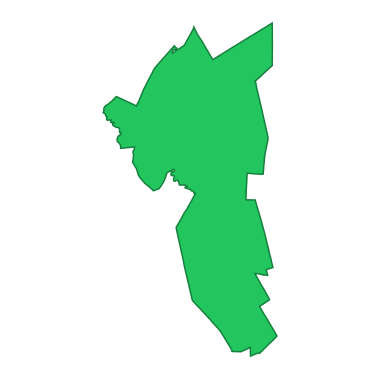 the district of Deta, Timis, Romania, rotated 88°
{"feature_id": "2599482B38114576431815", "entity_name": "Deta", "entity_type": "district", "adm_level": 2, "iso_a3": "ROU", "parent_name": "Romania", "parent_adm1": "Timis", "projection": "natural_earth1", "projection_center": [21.242, 45.402], "detail": "fine", "context": "isolated", "style": "filled", "palette": "green", "viewbox_px": 384, "rotation_deg": 88, "n_neighbors": 0, "source": "geoboundaries", "source_scale": "gbopen_adm2", "svg_char_len": 5990}
<svg xmlns="http://www.w3.org/2000/svg" viewBox="0 0 384 384"><g transform="rotate(88 192 192)"><path d="M300.0,195.5L301.3,194.6L305.7,190.9L306.6,190.0L307.4,189.3L309.9,187.1L314.9,182.8L316.7,181.2L318.9,179.4L320.3,178.0L321.0,177.6L321.3,177.5L321.4,177.4L322.5,176.5L328.5,171.3L330.2,170.0L330.6,169.7L332.4,168.4L333.7,167.6L333.8,167.6L335.0,166.9L336.8,165.8L340.9,163.5L342.4,162.7L347.2,160.0L350.1,158.4L351.6,157.6L352.7,157.7L352.8,156.9L353.1,152.8L353.3,148.9L353.3,148.5L353.0,147.8L352.0,145.4L350.8,142.5L349.4,139.2L354.5,139.2L358.1,139.2L356.8,136.0L355.8,133.2L355.4,132.4L355.3,131.8L355.3,131.5L355.4,130.8L355.4,130.4L355.6,130.1L354.4,128.9L353.1,127.3L350.9,125.0L347.8,121.7L344.8,118.3L342.7,115.9L338.9,112.1L335.8,113.7L334.3,114.4L332.6,115.4L330.6,116.5L327.5,118.2L325.1,119.5L321.1,121.6L317.7,123.6L315.6,124.8L313.9,125.7L310.6,127.4L309.3,128.1L308.6,128.5L305.3,122.9L304.0,120.9L302.4,118.3L299.0,119.8L294.2,122.3L292.0,123.4L288.4,125.4L284.2,127.6L279.5,130.0L275.7,132.0L275.8,130.2L276.3,127.6L276.5,126.5L276.7,125.9L277.0,125.3L277.3,123.6L277.9,119.3L274.4,120.1L272.3,120.6L271.1,116.8L270.2,113.7L270.0,113.8L267.6,114.3L264.7,115.0L263.1,115.1L262.2,115.3L259.5,115.9L254.6,117.2L253.7,117.3L253.7,117.1L251.2,117.6L250.8,117.7L243.9,119.2L241.1,119.7L236.3,120.8L234.2,121.2L232.8,121.5L231.4,121.9L228.4,122.7L227.9,122.7L225.8,123.2L222.7,123.9L218.1,125.1L215.8,125.7L214.1,126.1L207.3,127.9L204.4,128.6L202.2,129.1L202.0,132.5L201.9,134.9L201.8,136.9L201.7,138.4L196.3,138.0L190.5,137.6L187.3,137.3L185.9,137.1L181.3,136.8L178.0,136.5L175.1,136.3L175.3,134.6L175.6,132.8L176.4,125.1L176.6,123.0L176.7,120.3L174.6,120.0L171.3,119.6L167.8,119.3L165.1,118.9L161.0,118.4L156.9,117.8L156.0,117.5L153.4,117.0L147.7,115.6L143.0,114.5L141.7,114.2L140.4,114.1L135.7,114.9L135.2,115.0L132.7,115.5L127.4,116.5L124.1,117.1L121.0,117.7L119.7,118.0L118.4,118.2L117.5,118.4L114.3,119.0L112.7,119.2L111.0,119.5L110.8,119.6L109.3,119.9L107.0,120.4L104.7,120.9L102.4,121.3L99.5,121.9L96.3,122.5L94.3,122.9L91.6,123.5L90.2,123.7L84.8,124.5L84.7,124.5L83.3,125.3L82.7,124.2L82.4,123.6L81.4,122.5L79.8,120.6L78.2,118.7L76.8,117.3L76.0,116.3L72.4,112.1L70.2,109.5L69.2,108.2L68.7,107.7L68.5,107.4L64.1,107.3L61.6,107.1L57.9,107.0L56.4,106.9L53.6,106.8L52.4,106.7L48.8,106.6L48.4,106.6L48.2,106.5L43.5,106.4L39.8,106.3L35.8,106.2L34.9,106.1L33.2,106.1L32.1,106.1L31.9,106.1L31.5,106.1L31.2,106.1L28.9,106.0L27.2,106.0L25.9,106.0L26.7,107.3L30.1,113.3L38.5,128.0L38.4,128.2L39.3,129.7L44.7,139.0L50.6,149.5L53.5,154.4L60.4,166.6L48.0,173.4L41.8,176.7L37.0,179.6L35.2,180.8L27.2,184.4L28.9,184.9L33.7,187.7L45.1,194.6L45.6,195.3L51.4,204.8L52.7,206.9L52.1,206.9L51.2,206.8L50.3,206.6L49.8,206.3L49.6,206.1L49.4,205.7L49.2,205.4L49.2,205.2L49.2,204.9L49.2,204.4L49.2,203.9L49.1,203.4L48.8,202.7L48.4,202.2L47.7,202.2L47.4,202.5L47.4,202.8L47.3,203.1L47.1,203.5L46.9,203.7L46.4,203.9L46.1,204.0L45.5,204.2L45.2,204.5L53.6,212.5L54.1,213.1L54.7,213.5L60.1,218.7L67.1,225.2L67.5,225.2L68.1,225.5L69.1,226.4L69.6,226.7L70.2,226.8L70.5,226.9L74.3,229.2L76.3,230.4L83.3,234.3L84.5,234.9L86.8,236.2L87.4,236.6L101.8,243.1L101.6,243.4L104.1,244.4L101.0,250.4L99.1,254.2L97.3,257.7L94.0,264.2L94.9,265.3L96.5,267.1L98.0,268.5L101.6,273.2L102.3,274.4L102.5,275.3L103.0,275.5L103.6,275.9L103.9,276.4L104.9,277.0L106.1,277.3L106.6,277.2L107.1,277.1L107.6,277.2L109.7,278.0L110.6,276.4L111.3,275.9L113.0,275.5L113.5,274.7L113.8,274.3L115.7,274.9L116.2,274.8L117.2,274.3L117.4,273.8L117.2,273.1L117.2,272.6L117.3,271.8L117.2,271.1L117.1,270.5L117.1,270.2L117.5,270.1L118.0,270.2L118.4,270.5L118.9,270.8L119.5,270.8L119.9,269.9L120.0,269.5L119.6,268.6L119.6,268.3L119.8,267.9L120.1,267.4L120.3,267.4L120.8,268.4L121.2,268.9L122.8,268.6L123.1,268.2L124.7,265.5L124.9,264.5L125.1,263.5L125.2,263.1L125.5,262.8L125.9,262.5L126.6,262.2L130.0,262.3L130.1,261.9L130.1,261.3L130.3,261.0L130.6,260.7L132.5,261.6L132.6,262.4L133.9,264.0L134.2,264.2L134.9,264.4L136.4,265.0L137.3,265.1L138.3,265.0L139.1,264.7L140.4,263.3L142.9,261.8L143.5,261.6L145.0,261.8L145.9,261.8L145.0,247.8L145.3,247.8L145.9,247.8L146.9,248.1L147.4,248.3L148.0,248.7L148.6,249.1L149.2,249.4L149.8,249.7L151.1,249.5L152.0,249.2L152.5,249.0L152.9,249.0L154.8,249.5L155.7,249.6L156.5,249.5L157.2,249.6L158.0,249.8L158.8,250.1L159.9,250.3L162.1,249.3L162.4,249.1L162.7,248.9L163.2,248.7L163.5,248.6L165.3,247.6L167.0,246.6L173.0,245.1L174.2,244.4L175.2,243.9L176.9,242.7L179.0,241.0L181.9,238.6L184.8,235.2L186.0,233.9L186.8,233.1L189.4,230.5L187.6,224.9L186.3,223.9L185.8,223.4L184.0,222.1L180.1,219.6L176.1,217.8L172.6,216.7L172.2,216.5L171.2,215.0L170.3,213.4L170.8,212.7L170.3,211.6L169.6,211.0L169.2,210.8L168.9,210.4L168.7,209.8L168.7,209.5L169.0,209.0L169.2,208.8L169.7,208.7L170.1,208.8L170.4,209.0L171.2,210.1L171.7,211.0L172.1,211.7L172.8,212.2L173.9,212.4L174.7,212.1L175.0,211.3L174.8,210.5L174.8,210.1L174.9,209.8L175.3,209.4L175.7,209.2L176.0,209.1L176.7,209.3L177.4,209.7L178.4,210.0L179.6,210.0L180.5,209.5L180.7,208.8L180.1,208.0L179.8,207.3L179.7,207.1L179.8,206.7L180.2,206.0L180.6,205.5L181.0,205.2L181.6,205.0L182.2,204.8L182.7,204.6L183.5,204.6L184.4,204.3L184.7,203.8L184.7,203.0L184.8,202.3L184.6,201.9L184.6,200.7L184.6,200.3L184.7,200.0L184.6,199.6L184.7,199.0L184.8,198.6L185.2,198.4L185.7,198.3L186.1,198.2L187.1,198.7L187.9,198.5L188.0,197.8L187.0,197.3L186.4,196.9L186.0,196.7L185.9,196.5L186.0,196.3L186.5,196.4L187.3,196.6L188.3,196.6L188.7,196.1L189.0,195.0L188.9,194.5L188.9,194.2L189.2,193.8L190.1,193.2L190.6,192.9L190.9,192.3L190.9,191.3L191.0,190.9L191.3,190.7L191.8,190.5L192.9,190.3L193.7,189.6L193.4,188.8L193.0,188.3L197.0,190.7L198.4,191.4L206.3,196.2L208.8,197.7L209.8,198.4L211.6,199.7L212.4,200.3L215.4,202.1L217.2,203.1L221.6,205.8L223.8,207.2L224.7,207.8L225.9,208.5L226.9,209.1L231.1,208.4L242.7,206.3L261.0,202.9L264.3,202.5L270.1,201.4L277.6,199.9L282.1,199.0L293.6,196.8L296.9,196.1L300.0,195.5Z" fill="#22c55e" stroke="#15803d" stroke-width="1.5"/></g></svg>